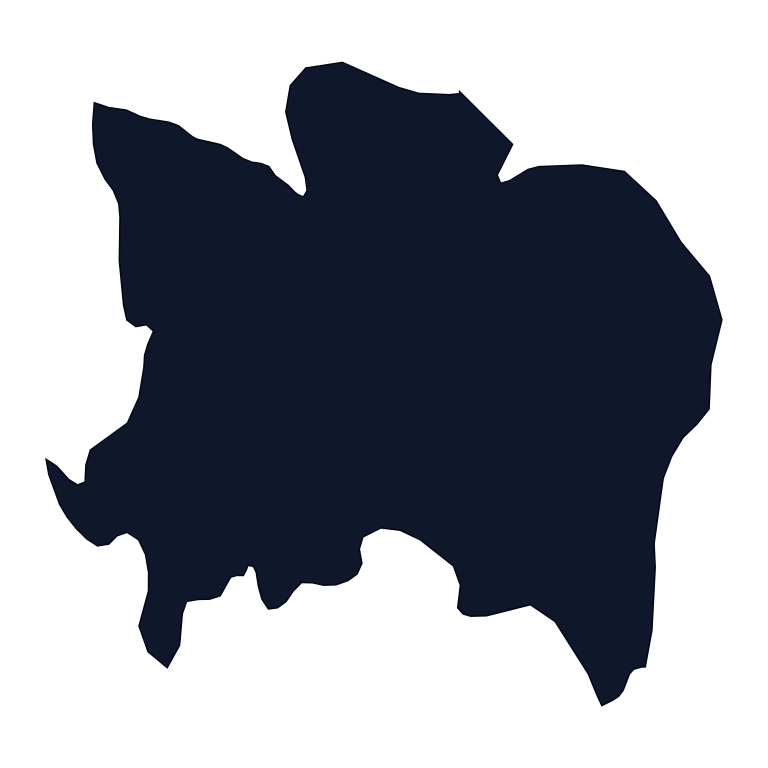 outline of Benue
{"feature_id": "NGA-2846", "entity_name": "Benue", "entity_type": "State", "adm_level": 1, "iso_a3": "NGA", "parent_name": "Nigeria", "parent_adm1": "", "projection": "equal_earth", "projection_center": [8.494, 7.276], "detail": "fine", "context": "isolated", "style": "filled", "palette": "ink", "viewbox_px": 768, "rotation_deg": 0, "n_neighbors": 0, "source": "natural_earth", "source_scale": "10m", "svg_char_len": 1871}
<svg xmlns="http://www.w3.org/2000/svg" viewBox="0 0 768 768"><path d="M645.3,666.9L642.0,666.9L633.7,669.2L629.5,673.9L623.1,690.4L618.7,696.2L613.0,700.0L601.8,705.6L596.3,693.5L588.4,674.1L555.1,621.5L530.4,604.7L486.5,615.8L470.7,616.2L463.1,614.0L457.7,607.8L460.4,585.3L453.5,566.0L420.1,539.7L400.0,530.2L380.9,527.9L362.9,537.0L359.3,549.1L361.9,563.3L357.1,574.0L347.9,580.6L336.0,584.8L323.7,585.2L312.6,582.8L301.6,582.5L293.4,590.8L285.9,601.7L277.5,607.8L268.4,609.0L262.0,599.3L258.5,586.8L256.2,572.2L253.2,566.2L247.7,565.5L246.5,569.5L243.4,575.5L236.9,575.4L230.6,577.2L220.2,595.8L209.5,599.2L198.5,599.4L186.6,601.4L182.3,613.8L179.6,645.3L167.2,667.7L148.1,651.8L139.0,626.0L148.5,590.9L148.6,572.7L145.6,554.7L138.6,539.8L127.1,532.3L117.0,535.8L108.8,544.1L97.5,545.9L86.9,539.0L76.5,528.8L67.2,517.1L59.6,504.3L48.8,474.5L46.1,459.3L56.8,466.3L68.7,479.5L77.6,485.0L85.1,481.9L85.9,464.9L90.4,450.0L127.4,423.1L139.0,397.2L143.9,367.2L144.6,355.2L147.8,344.4L153.5,331.2L146.5,324.7L135.9,326.6L126.9,320.0L123.6,305.4L119.3,260.6L120.0,217.3L118.8,203.7L113.3,190.3L105.2,179.3L97.0,163.0L93.5,144.1L92.7,124.3L94.3,102.7L108.4,107.5L126.3,110.1L139.6,116.2L149.2,119.1L168.8,122.2L178.4,125.7L192.3,136.7L197.0,139.2L220.5,144.6L228.1,148.3L242.9,158.6L251.8,162.2L260.7,163.4L268.8,166.5L275.2,175.7L288.0,185.2L295.0,192.4L298.1,194.7L301.5,196.2L303.6,196.7L307.1,190.5L305.4,177.4L292.2,138.9L285.8,111.9L290.3,85.6L305.8,68.0L342.4,62.4L398.6,87.5L418.8,93.4L449.4,94.7L459.6,93.7L459.6,91.6L512.6,144.4L497.2,175.0L500.6,183.3L509.4,180.8L528.2,169.4L539.1,166.6L581.9,165.0L624.4,171.5L656.0,200.7L681.0,242.3L709.5,276.3L721.9,319.9L710.9,364.8L709.1,408.9L696.9,424.1L682.9,437.6L671.6,456.5L663.2,478.2L654.1,543.6L655.2,567.3L651.9,630.4L645.4,666.1L645.3,666.9L645.3,666.9Z" fill="#0f172a" stroke="#020617" stroke-width="1.5"/></svg>